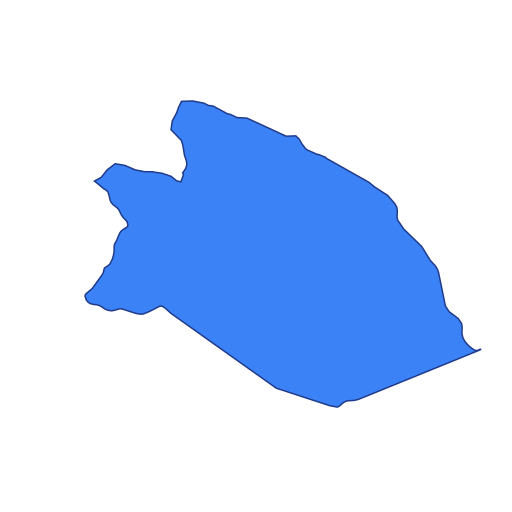 an SVG outline of Karonga, rotated 338°
{"feature_id": "MWI-1194", "entity_name": "Karonga", "entity_type": "District", "adm_level": 1, "iso_a3": "MWI", "parent_name": "Malawi", "parent_adm1": "", "projection": "albers", "projection_center": [33.981, -10.031], "detail": "fine", "context": "isolated", "style": "filled", "palette": "blue", "viewbox_px": 512, "rotation_deg": 338, "n_neighbors": 0, "source": "natural_earth", "source_scale": "10m", "svg_char_len": 1829}
<svg xmlns="http://www.w3.org/2000/svg" viewBox="0 0 512 512"><g transform="rotate(338 256 256)"><path d="M244.9,84.7L255.5,88.6L264.9,94.8L265.3,95.1L268.2,98.5L272.4,100.9L282.8,113.5L285.1,114.9L290.3,120.6L299.2,124.7L328.8,156.2L337.9,159.5L339.8,163.6L340.6,169.2L342.1,175.0L343.8,177.5L350.6,184.5L352.0,185.3L357.5,190.6L357.9,191.9L388.2,229.8L391.7,236.2L400.8,249.2L404.4,259.8L404.8,263.2L404.1,266.7L401.4,272.7L400.8,275.8L403.1,286.4L413.2,309.2L416.0,325.6L418.6,332.4L419.2,336.2L419.1,339.5L412.9,373.3L414.2,380.0L420.1,389.8L421.3,395.6L420.7,398.5L417.8,405.4L417.2,409.4L417.4,411.0L417.7,413.5L419.1,417.8L421.1,421.8L423.5,425.4L426.1,426.6L428.8,426.4L429.8,426.7L428.4,427.0L297.0,427.3L293.0,426.7L286.4,424.5L283.6,424.4L280.7,425.1L276.9,426.4L274.9,426.6L268.4,422.5L225.3,386.2L155.7,277.4L152.3,270.3L150.0,267.2L147.8,266.5L136.8,267.5L129.9,267.6L127.0,266.6L123.2,264.3L112.8,255.6L110.4,254.1L109.1,253.8L105.0,253.4L101.7,252.8L98.4,250.9L96.2,248.7L93.7,245.0L92.2,243.2L90.2,241.6L87.9,240.5L84.3,237.9L82.9,235.7L82.2,233.1L82.4,229.3L83.0,228.2L84.3,227.3L92.0,224.8L106.7,215.5L108.3,214.1L110.1,211.4L111.2,210.3L115.1,209.6L117.5,208.7L121.6,205.1L123.6,202.6L125.7,199.5L128.4,193.3L129.5,191.8L132.7,189.3L136.6,185.3L138.5,183.5L140.3,182.4L142.6,181.7L147.8,180.7L149.0,178.9L149.2,175.6L147.2,170.3L146.5,167.1L146.1,161.3L144.8,158.4L142.7,154.9L141.8,152.1L141.6,149.8L142.5,144.5L142.7,141.0L141.4,138.4L140.2,136.9L134.3,126.0L142.2,125.0L150.2,120.4L160.0,117.7L168.4,122.9L176.2,130.8L184.1,136.0L191.2,139.0L199.9,144.1L207.2,150.4L210.5,156.5L214.1,159.1L219.1,153.6L219.1,151.5L223.6,148.5L226.1,145.4L227.2,141.3L227.4,135.7L229.6,126.4L230.1,120.9L224.5,107.1L229.0,99.4L236.2,93.4L239.9,89.1L244.9,84.7Z" fill="#3b82f6" stroke="#1e3a8a" stroke-width="1.5"/></g></svg>